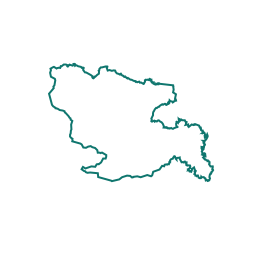 Lysos, Paphos, Cyprus (Robinson projection), rotated 208°
{"feature_id": "46923920B8516540117412", "entity_name": "Lysos", "entity_type": "district", "adm_level": 2, "iso_a3": "CYP", "parent_name": "Cyprus", "parent_adm1": "Paphos", "projection": "robinson", "projection_center": [32.556, 35.018], "detail": "fine", "context": "isolated", "style": "outline", "palette": "teal", "viewbox_px": 256, "rotation_deg": 208, "n_neighbors": 0, "source": "geoboundaries", "source_scale": "gbopen_adm2", "svg_char_len": 5863}
<svg xmlns="http://www.w3.org/2000/svg" viewBox="0 0 256 256"><g transform="rotate(208 128 128)"><path d="M170.9,90.1L162.6,91.9L161.1,91.7L158.3,89.8L155.8,90.8L154.4,92.9L152.4,94.5L150.5,94.3L147.7,94.9L144.7,94.0L143.1,92.0L141.3,93.0L140.5,92.9L139.4,94.1L134.5,93.9L133.7,92.3L133.4,90.5L135.6,89.4L135.6,85.0L136.8,82.3L137.2,82.3L138.6,81.2L138.7,78.4L142.3,76.9L146.6,72.3L149.5,72.5L149.6,69.8L146.7,69.4L145.4,69.7L144.5,69.2L142.8,69.4L140.6,70.9L133.4,73.9L131.3,70.7L118.2,73.6L117.3,73.5L111.6,78.5L110.1,81.8L106.5,85.5L103.6,86.7L101.2,86.2L100.2,87.1L100.3,87.4L97.1,89.7L93.7,90.5L88.9,95.5L85.0,96.2L84.4,97.5L85.2,101.2L80.7,106.1L80.1,110.6L78.1,111.2L78.4,112.8L77.3,113.7L76.3,114.0L76.3,114.4L75.1,115.1L75.3,115.3L75.0,115.9L75.3,116.8L74.9,117.2L75.5,117.5L75.2,118.6L75.5,118.8L75.6,119.7L75.3,120.7L74.0,122.0L74.2,123.0L73.9,124.8L73.1,124.9L71.5,123.3L70.6,123.0L71.2,123.8L71.0,124.1L70.4,124.8L68.9,125.7L68.5,126.2L67.7,125.0L64.6,122.9L63.9,123.5L62.9,123.6L62.5,124.7L62.0,125.1L61.5,124.8L60.3,125.1L60.4,124.3L59.9,124.4L59.3,123.6L59.3,122.8L58.6,122.6L57.7,122.8L57.5,123.2L55.6,124.0L54.9,123.2L54.8,122.3L54.2,121.9L55.7,119.7L55.1,119.4L55.1,118.9L54.5,119.4L53.3,118.5L52.7,118.6L52.5,119.3L51.6,119.2L51.9,121.4L52.3,121.8L51.2,124.2L49.2,122.3L48.0,121.9L48.0,120.6L48.4,120.5L47.8,119.9L47.8,118.6L47.1,118.7L46.3,118.0L46.9,117.3L45.2,118.0L44.9,117.8L44.5,118.6L44.0,118.9L42.3,117.3L41.0,117.4L40.1,118.0L40.5,119.4L39.8,119.1L38.0,120.2L36.9,119.7L36.2,119.9L34.8,118.3L34.3,119.1L32.8,118.6L32.4,119.0L32.5,119.7L31.7,120.0L32.0,122.1L33.1,122.9L33.8,125.1L33.8,126.0L33.5,125.9L33.3,126.2L33.3,127.6L33.7,128.1L33.2,129.1L33.1,130.6L33.8,130.8L33.6,131.2L34.5,131.9L34.8,133.4L35.2,133.9L37.1,132.8L39.3,134.0L39.5,134.2L39.3,134.8L40.0,136.2L40.7,136.2L41.2,136.6L42.1,136.1L42.4,136.8L43.7,136.3L45.0,136.7L45.4,136.3L47.5,137.1L47.3,137.3L47.7,138.0L47.6,138.4L46.2,139.2L47.4,140.9L48.2,139.5L49.9,139.3L49.7,140.0L48.5,141.1L48.7,141.4L49.7,140.2L50.5,140.5L50.7,141.3L51.8,141.8L51.9,142.3L51.4,144.9L52.2,145.1L52.8,144.0L53.5,144.5L53.6,145.1L53.8,145.1L54.2,145.8L53.8,145.9L53.5,145.3L52.7,145.2L52.9,146.5L52.6,146.8L52.2,146.4L51.9,146.6L52.6,148.5L52.2,148.8L52.2,149.4L53.3,150.2L53.8,150.0L54.2,150.1L54.6,150.7L54.0,151.2L54.4,151.8L55.5,152.0L54.1,152.7L54.1,153.6L53.6,154.4L53.6,155.9L53.9,155.9L53.6,157.7L54.0,158.5L55.1,159.5L55.0,158.3L55.5,158.1L55.7,157.0L56.0,157.3L56.1,156.3L56.8,157.3L56.8,158.3L58.2,159.6L58.5,159.7L59.3,158.8L59.4,159.2L59.8,158.9L59.6,159.4L60.1,160.2L60.5,160.5L60.6,160.0L61.1,160.6L61.7,160.3L62.6,160.5L63.3,161.7L63.9,161.6L64.1,162.6L65.4,162.5L66.3,163.5L70.7,162.9L70.9,162.7L70.3,162.4L71.6,161.3L73.4,161.0L74.8,157.6L75.6,158.2L75.8,158.0L76.6,159.4L78.6,157.8L78.6,158.5L79.3,159.9L79.1,160.7L80.5,160.7L81.5,161.5L83.5,160.4L84.9,160.5L85.1,159.4L86.6,160.1L87.1,159.6L87.4,159.7L85.9,157.4L86.8,156.6L86.5,156.1L88.0,156.3L88.1,156.0L87.4,155.3L87.5,154.3L86.5,152.8L85.8,152.4L85.0,152.2L84.1,152.5L85.5,151.5L87.4,149.3L87.7,148.6L88.4,148.2L89.9,148.3L90.9,147.1L91.5,147.2L92.4,146.4L93.6,146.3L93.6,146.8L94.4,146.8L94.9,146.1L95.4,146.0L95.4,145.7L95.9,145.5L96.0,145.8L96.8,145.2L97.2,146.4L99.3,148.1L101.0,148.8L102.8,148.8L104.4,149.2L105.1,148.7L105.6,147.3L106.7,147.2L107.2,146.5L107.4,146.9L108.2,146.9L109.8,144.9L110.5,144.9L111.1,146.8L111.8,147.3L111.9,151.0L112.9,152.9L113.2,154.5L113.0,155.2L113.1,157.0L112.6,159.0L111.9,159.2L111.2,160.8L110.4,161.5L110.5,162.2L109.1,164.8L108.6,165.2L108.0,165.0L106.9,166.6L106.2,166.9L105.1,166.3L104.7,166.6L104.6,167.4L103.9,168.0L104.2,168.6L103.6,168.6L103.2,169.1L103.4,169.8L104.3,170.1L104.0,171.4L104.2,171.9L103.3,171.6L101.2,172.1L100.5,171.6L100.0,172.3L99.8,173.5L98.4,174.7L99.0,175.4L99.9,175.5L99.9,176.0L100.3,176.1L101.5,180.3L104.9,180.6L105.7,183.3L107.3,185.5L107.5,186.2L108.3,186.4L108.4,186.8L120.8,181.9L121.1,182.0L121.3,181.4L122.5,181.7L122.9,181.0L122.6,180.5L123.1,180.4L123.4,179.9L124.0,180.1L123.9,179.5L124.2,179.2L126.2,179.1L126.6,180.4L127.4,180.1L127.7,179.6L128.5,180.1L128.7,179.6L129.9,180.4L129.8,181.3L130.0,181.6L130.7,181.0L130.9,181.5L131.9,181.6L132.2,181.0L132.1,180.1L133.6,179.8L134.0,179.3L135.7,178.7L135.3,178.7L135.5,178.1L134.9,177.3L134.7,176.1L135.0,175.5L134.7,174.7L135.0,174.2L137.9,174.3L138.7,173.6L139.9,174.2L141.4,172.7L142.9,172.9L143.0,172.4L144.1,172.7L145.1,172.3L147.5,172.3L148.6,171.8L150.9,172.1L151.5,171.6L151.9,172.0L152.5,171.5L153.6,171.9L154.6,171.6L154.9,172.0L155.5,171.4L156.7,171.9L157.0,171.7L158.0,171.7L159.8,172.6L160.2,171.9L159.9,171.5L160.3,171.3L161.6,171.4L163.5,171.0L165.3,171.7L165.9,172.4L166.5,172.7L167.9,172.0L169.1,170.9L171.5,170.5L172.9,169.2L175.0,171.1L174.9,172.4L175.1,172.6L176.7,171.8L179.4,169.3L180.4,168.8L181.0,166.8L180.5,165.5L180.8,164.9L180.2,164.4L179.2,162.3L180.2,160.3L181.0,157.8L181.8,157.6L181.6,156.1L181.9,155.6L182.6,155.6L183.4,156.1L183.9,157.0L185.5,157.3L190.9,157.4L192.1,156.9L194.7,158.1L195.3,159.0L195.1,159.6L195.4,160.3L196.3,160.2L197.1,159.4L198.2,159.9L201.1,159.1L202.8,159.2L203.4,159.0L203.9,158.2L204.7,159.5L205.6,159.4L206.2,158.9L205.7,158.2L206.1,157.1L209.3,156.5L209.3,156.0L210.1,155.5L209.8,154.9L210.0,154.0L210.6,154.0L211.2,155.0L212.6,154.9L214.5,153.9L215.7,151.2L216.4,151.0L216.1,149.2L217.3,148.8L218.8,147.5L219.0,147.0L222.1,147.2L222.5,146.8L224.3,144.0L223.2,142.9L222.7,140.2L220.1,137.1L215.7,137.1L214.6,136.0L213.0,131.1L213.3,129.5L212.3,128.3L213.8,121.2L206.0,112.8L204.2,112.0L201.4,111.8L201.2,111.4L199.2,112.0L196.7,111.8L193.7,112.8L191.9,113.0L191.1,112.1L190.1,112.0L185.9,110.5L184.4,109.6L183.3,109.5L182.5,108.4L180.5,108.1L179.8,104.3L177.3,100.2L177.2,98.9L176.0,96.1L176.1,95.2L175.3,93.4L174.1,92.7L171.9,92.4L171.7,91.5L171.0,90.9L170.9,90.1Z" fill="none" stroke="#0f766e" stroke-width="2"/></g></svg>